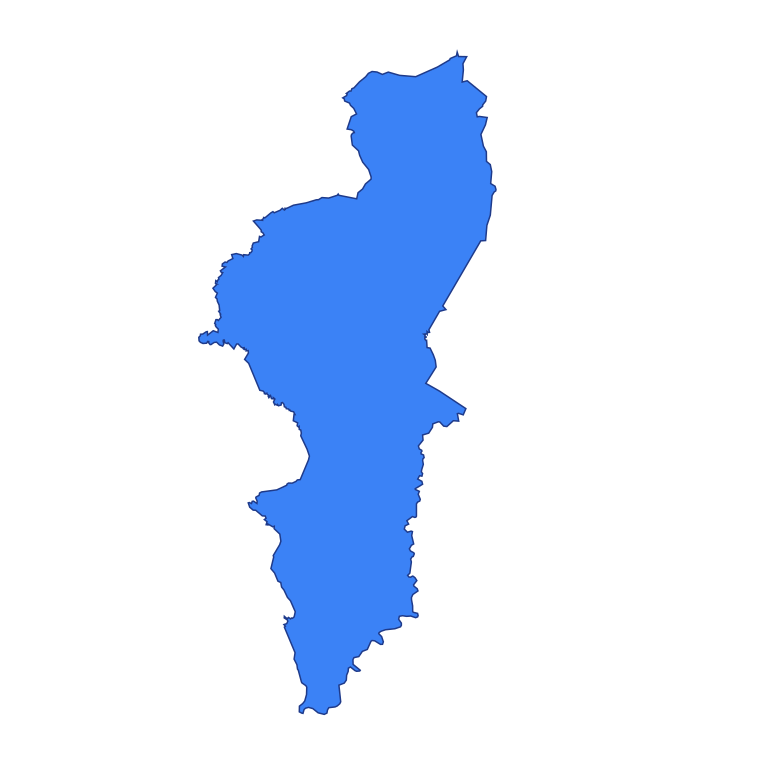 outline of Susupuato, Michoacán, Mexico, rotated 346°
{"feature_id": "50627088B45891459057999", "entity_name": "Susupuato", "entity_type": "district", "adm_level": 2, "iso_a3": "MEX", "parent_name": "Mexico", "parent_adm1": "Michoacán", "projection": "albers", "projection_center": [-100.425, 19.176], "detail": "fine", "context": "isolated", "style": "filled", "palette": "blue", "viewbox_px": 768, "rotation_deg": 346, "n_neighbors": 0, "source": "geoboundaries", "source_scale": "gbopen_adm2", "svg_char_len": 6142}
<svg xmlns="http://www.w3.org/2000/svg" viewBox="0 0 768 768"><g transform="rotate(346 384 384)"><path d="M543.4,86.4L535.6,84.3L535.3,79.7L533.7,83.1L527.0,84.2L526.1,85.4L512.4,89.4L489.1,93.5L473.8,88.3L463.6,82.4L457.3,83.2L452.7,79.6L448.0,77.9L444.0,78.8L440.5,81.5L433.3,84.9L426.5,89.4L424.3,89.7L422.8,91.8L421.4,91.4L417.7,93.0L418.4,93.7L417.5,95.1L413.2,96.4L414.4,97.7L414.3,99.9L418.5,103.1L418.9,105.5L421.3,109.2L422.7,115.3L416.9,116.7L409.9,127.7L413.9,129.4L415.8,131.4L416.0,132.9L415.0,132.8L412.9,134.0L412.1,135.5L411.1,144.5L415.7,151.6L415.7,156.3L417.0,163.6L421.0,172.2L421.6,180.0L421.0,182.1L414.4,185.4L410.4,189.6L405.1,192.1L402.3,197.7L385.9,190.0L385.5,188.6L384.3,189.6L375.3,190.2L368.9,188.1L365.1,189.3L362.8,188.9L352.1,189.4L339.4,188.6L332.2,190.0L330.4,189.6L330.5,190.7L329.4,191.1L327.8,188.9L325.2,190.3L318.9,191.3L317.9,189.9L315.6,190.6L308.8,193.9L307.5,193.3L307.2,194.3L305.6,194.9L305.7,195.8L300.2,194.0L296.7,194.3L301.1,202.9L302.1,205.1L301.7,206.6L303.0,207.9L303.8,210.4L300.1,211.6L298.9,210.7L296.8,215.6L291.3,215.6L289.4,218.2L289.4,219.5L287.7,220.8L288.5,221.9L288.1,223.1L286.6,224.3L285.5,224.1L285.0,225.3L283.4,226.1L279.2,224.6L278.4,226.2L277.5,224.6L272.2,221.7L267.5,221.6L267.7,225.7L262.5,226.9L261.0,228.1L259.3,227.2L256.2,228.4L255.4,230.5L258.5,232.1L252.6,234.6L253.2,236.4L254.4,236.9L252.3,239.2L249.1,240.7L249.1,242.4L247.6,243.1L247.0,244.4L245.8,243.0L244.8,245.6L246.1,246.7L245.2,246.7L245.2,247.4L241.2,249.7L242.6,253.4L244.3,255.5L241.4,259.2L242.6,261.2L242.3,263.3L243.1,267.5L242.3,273.1L241.2,273.4L242.4,276.7L241.8,277.1L242.0,279.9L238.6,282.3L237.9,281.2L236.5,280.9L234.3,284.4L235.1,285.4L234.5,286.6L235.0,288.2L236.5,290.7L235.3,293.8L231.2,291.0L224.6,293.9L225.3,290.4L224.2,290.3L220.2,291.7L218.0,291.3L217.5,292.7L215.6,293.9L215.0,297.4L216.0,299.2L218.2,300.9L221.8,301.5L223.2,300.0L224.2,300.4L223.8,301.5L224.8,303.7L225.6,303.9L229.2,302.6L231.7,302.9L233.8,306.3L236.6,308.2L238.2,306.5L238.3,303.3L238.8,302.5L239.7,302.7L239.5,305.4L241.7,306.9L242.7,306.2L246.8,313.7L250.6,309.6L252.1,309.8L254.2,313.5L255.6,314.8L257.1,314.9L257.0,315.9L256.3,316.1L256.8,316.8L258.7,317.0L258.2,318.5L260.3,318.7L259.9,321.2L254.7,326.4L257.7,331.2L262.0,360.1L264.9,361.5L266.1,363.7L265.6,364.4L266.6,365.1L268.1,364.6L268.1,365.5L269.6,367.3L268.7,367.8L269.0,369.4L271.1,367.8L271.3,371.0L273.0,371.6L273.3,370.5L273.8,371.1L274.5,372.2L272.4,374.7L273.0,377.8L273.8,377.4L275.2,378.7L275.7,378.1L276.4,379.6L279.1,379.5L279.9,377.4L281.0,377.4L282.0,379.5L281.8,382.0L283.2,382.9L283.2,384.3L285.4,385.2L285.7,386.7L286.4,386.5L287.0,387.8L289.6,389.1L290.2,392.0L289.4,391.6L287.1,397.7L290.8,400.8L289.6,403.5L290.6,405.0L291.4,404.6L290.8,407.6L292.1,408.5L291.9,411.7L290.7,414.1L293.6,428.7L294.2,435.9L292.3,439.5L279.6,456.5L276.7,456.1L275.1,457.2L271.0,458.0L267.3,457.0L265.6,457.7L265.1,458.7L254.4,460.8L239.1,459.1L236.9,459.7L235.9,461.8L232.5,462.7L232.0,463.5L232.6,467.0L231.8,469.2L229.1,466.1L227.7,466.0L226.5,467.9L224.6,466.4L223.5,466.5L223.9,471.1L226.5,474.7L229.0,475.5L234.0,482.5L236.8,483.4L237.1,485.7L235.1,486.6L237.2,489.3L235.6,492.0L237.1,492.6L237.1,491.4L241.6,495.7L243.1,495.5L242.4,497.8L246.6,504.4L245.9,511.6L243.9,514.7L235.0,523.7L235.1,525.2L229.6,535.8L232.1,540.9L233.4,549.7L235.8,551.6L235.5,556.2L237.1,559.7L238.7,567.7L240.8,571.7L242.8,583.5L240.5,588.2L238.5,589.2L237.6,588.7L236.6,589.3L234.8,587.4L233.9,588.1L232.6,587.5L231.1,585.3L230.6,586.8L233.1,589.5L233.3,590.9L231.6,593.0L228.7,593.2L229.7,595.2L228.5,595.8L232.7,623.2L230.2,629.2L231.6,635.3L231.1,639.7L231.6,641.0L231.8,653.0L232.0,654.1L235.2,657.8L235.7,659.5L233.7,666.6L230.4,672.4L227.8,674.4L224.0,676.1L222.5,681.6L224.5,683.4L225.7,684.0L227.7,680.5L229.4,679.6L232.5,679.5L236.4,681.7L240.5,687.1L246.1,690.1L249.0,689.5L250.4,686.5L252.2,684.7L258.4,685.5L260.7,685.1L263.8,683.5L265.1,681.9L267.4,665.3L273.1,664.6L275.8,662.2L277.3,657.5L279.7,654.2L280.7,651.1L283.0,650.5L286.5,655.1L287.9,656.1L291.0,656.6L291.7,656.0L286.2,648.6L287.2,643.9L288.7,642.2L293.6,642.4L298.3,638.2L303.6,637.5L309.1,630.5L310.3,630.0L312.8,630.9L317.6,635.8L319.6,636.2L321.0,634.0L320.6,628.5L318.5,625.0L319.1,624.0L321.4,623.2L326.0,622.8L335.4,624.1L341.3,623.6L342.5,622.3L343.0,620.2L341.3,615.8L342.7,613.1L345.9,613.3L349.7,614.9L353.8,615.6L358.2,618.4L360.3,618.1L361.1,616.9L361.1,614.7L357.2,612.6L356.8,611.7L358.1,606.2L358.5,600.0L359.0,597.8L361.1,595.2L366.9,593.0L366.7,590.7L364.1,587.3L364.1,586.0L368.3,582.7L367.3,579.6L365.9,577.7L365.2,577.3L363.0,577.9L361.5,577.3L360.6,575.4L363.3,573.8L367.5,563.3L367.5,560.3L369.6,558.4L370.7,558.4L372.3,556.1L372.1,555.0L369.3,552.4L368.7,550.1L371.6,547.1L374.1,546.4L374.2,537.8L375.9,534.1L374.7,533.3L370.9,533.5L368.6,529.7L370.2,526.7L374.0,525.9L373.1,522.2L379.5,519.5L381.6,520.9L382.7,520.9L383.5,520.1L386.5,508.1L388.1,506.7L390.4,506.2L391.3,504.6L390.5,499.2L392.3,496.7L388.9,493.9L389.0,493.1L397.2,490.6L397.2,487.6L393.7,484.4L396.3,481.6L398.5,482.6L399.8,480.2L399.0,478.4L399.7,476.5L402.7,471.5L403.0,467.5L403.8,465.9L405.1,465.2L405.2,462.4L403.1,460.8L403.3,459.5L404.6,458.3L404.5,457.4L402.5,455.5L402.4,452.4L408.3,447.9L409.1,442.8L415.5,442.5L420.5,437.8L421.7,434.5L427.6,433.8L429.0,434.4L431.7,439.3L434.7,440.5L442.4,436.4L447.5,438.1L448.0,430.5L449.3,430.5L453.4,433.1L457.5,427.7L436.0,404.2L424.7,393.5L438.7,380.1L439.5,373.4L438.9,367.5L437.4,360.3L434.6,359.1L435.9,351.9L435.2,351.9L434.5,350.3L434.7,349.1L436.1,348.9L436.2,348.2L435.1,347.4L435.8,346.3L434.8,345.3L437.5,345.6L437.9,346.3L438.5,343.6L439.2,344.7L440.7,344.9L440.7,342.2L455.5,326.9L462.1,326.8L459.9,322.5L512.5,268.5L517.3,269.4L522.2,255.0L528.0,245.9L534.5,227.2L537.4,224.3L539.1,223.7L539.7,222.4L539.6,219.0L536.0,215.3L539.9,204.0L540.2,196.8L537.3,192.8L539.5,183.4L538.0,177.3L538.4,165.3L545.1,157.1L548.6,150.4L541.4,147.5L539.1,147.3L539.3,143.1L543.2,140.1L546.9,138.4L547.3,137.0L551.1,134.1L553.0,129.9L538.1,109.9L532.9,109.9L537.0,98.5L538.1,92.3L543.4,86.4Z" fill="#3b82f6" stroke="#1e3a8a" stroke-width="1.5"/></g></svg>